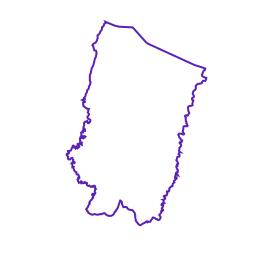 Worodougou, Worodougou, Ivory Coast, rotated 204°
{"feature_id": "98640826B81277132888560", "entity_name": "Worodougou", "entity_type": "district", "adm_level": 2, "iso_a3": "CIV", "parent_name": "Ivory Coast", "parent_adm1": "Worodougou", "projection": "mercator", "projection_center": [-6.759, 8.427], "detail": "fine", "context": "isolated", "style": "outline", "palette": "violet", "viewbox_px": 256, "rotation_deg": 204, "n_neighbors": 0, "source": "geoboundaries", "source_scale": "gbopen_adm2", "svg_char_len": 5673}
<svg xmlns="http://www.w3.org/2000/svg" viewBox="0 0 256 256"><g transform="rotate(204 128 128)"><path d="M83.2,187.6L83.1,188.6L82.4,189.9L82.1,191.3L82.1,191.8L83.2,193.7L82.7,196.0L81.9,196.9L81.0,197.2L80.3,197.9L79.1,198.6L78.8,199.2L79.0,200.5L78.6,201.7L76.6,202.4L76.4,203.8L76.7,205.5L77.8,205.3L78.2,205.5L80.2,205.4L81.2,205.6L82.0,206.3L82.2,206.9L82.0,207.5L82.2,208.8L82.1,211.2L81.4,212.3L81.6,213.7L85.9,213.4L92.6,212.6L143.7,213.1L146.3,213.6L164.6,221.8L177.2,217.0L181.7,216.1L191.8,215.8L191.2,215.3L191.1,214.6L192.1,213.6L191.8,211.2L192.1,210.3L192.7,209.5L192.0,207.5L192.0,206.4L192.5,205.1L192.4,202.4L193.5,200.3L192.2,197.4L192.0,194.7L192.3,192.9L193.9,190.8L194.2,189.2L193.2,188.7L190.4,185.3L189.7,185.3L189.1,185.6L188.5,185.5L187.4,184.0L186.8,182.4L186.7,181.5L186.3,180.1L186.4,177.8L185.1,170.6L185.5,168.0L184.3,162.9L184.5,162.6L184.2,160.4L182.1,155.7L180.8,154.6L180.3,151.8L180.5,150.2L179.9,147.8L180.6,146.3L180.1,144.0L180.3,141.7L179.8,139.6L180.5,137.5L179.5,137.3L179.1,136.9L179.2,136.4L180.1,136.1L181.0,135.1L179.2,135.2L178.0,134.6L178.1,134.1L179.5,133.2L177.8,130.0L174.8,129.2L173.0,129.0L171.5,129.5L171.5,127.8L171.0,126.9L171.1,125.9L169.1,124.7L169.2,122.9L169.6,122.0L169.5,121.4L168.7,120.5L165.9,120.1L165.5,119.8L165.1,118.5L165.2,118.0L165.8,117.3L165.8,116.5L166.7,116.2L167.3,116.6L167.8,117.7L168.2,117.9L168.9,116.6L169.7,116.4L170.2,114.6L169.2,112.9L169.0,110.6L168.3,108.6L167.6,108.6L167.2,109.4L166.4,108.7L166.1,107.9L167.0,107.7L168.3,106.9L168.3,106.5L167.4,106.1L167.2,105.7L168.9,104.6L167.5,102.5L167.7,101.2L167.6,100.7L166.8,100.7L165.2,102.6L164.1,102.9L163.4,102.8L163.7,101.5L164.5,101.2L164.7,100.4L165.4,100.4L165.9,100.0L167.4,99.6L167.7,99.3L167.3,97.9L166.2,96.8L166.2,95.6L165.9,95.0L164.8,94.7L164.4,95.1L164.4,95.7L164.2,95.8L163.9,94.7L163.4,93.9L165.2,94.1L166.4,93.4L167.3,93.2L167.5,92.9L167.2,92.3L165.1,91.7L164.9,91.4L165.0,90.4L165.4,90.1L165.8,88.8L166.8,88.9L166.7,89.7L167.4,90.2L167.7,89.1L167.7,88.0L168.2,88.2L168.8,89.5L169.9,89.3L170.8,89.7L171.2,89.3L170.8,88.5L169.5,88.5L169.5,88.3L171.0,87.7L171.2,86.3L170.9,85.0L171.2,83.9L173.5,82.5L173.3,82.1L171.9,81.6L171.7,81.2L172.0,80.2L173.2,79.7L173.4,79.2L172.9,78.3L170.9,77.3L171.0,76.5L169.9,75.3L169.3,75.2L168.5,75.5L168.2,75.7L167.9,77.1L166.8,78.0L166.5,78.0L165.9,77.0L165.1,76.7L165.1,76.2L164.4,75.7L164.0,74.8L162.7,74.9L162.7,74.2L163.2,73.9L164.7,74.6L165.2,72.5L164.4,72.2L163.6,71.5L162.9,69.5L161.8,70.2L161.7,69.2L159.3,66.9L157.0,66.5L156.7,65.5L156.0,64.8L154.5,65.2L154.1,64.7L153.7,64.6L153.2,63.6L152.6,63.5L152.1,62.8L152.1,62.2L153.1,61.9L152.8,61.1L153.1,60.3L152.3,59.8L152.0,59.0L150.9,58.6L150.6,58.0L149.3,59.0L149.2,60.3L148.4,60.1L148.6,59.0L148.2,58.5L145.7,59.8L145.2,60.3L145.7,60.9L145.6,61.0L145.0,61.0L144.5,60.6L143.5,61.2L142.9,60.9L142.9,60.0L142.4,59.2L140.7,58.9L139.9,59.7L139.6,59.7L139.0,59.3L138.0,59.1L137.0,59.7L137.2,60.3L136.7,60.6L135.9,60.3L135.5,61.5L134.3,61.4L133.5,59.4L132.5,59.2L132.9,57.9L132.5,56.3L131.3,55.3L131.5,54.3L132.2,54.2L132.9,53.4L133.4,53.6L133.6,53.5L133.4,53.0L133.0,52.7L131.9,52.5L132.3,51.6L132.7,51.6L131.9,50.9L131.5,50.2L131.9,49.6L131.8,48.5L132.9,45.6L133.0,44.1L132.4,43.9L132.1,43.3L132.6,42.1L132.5,39.4L133.2,36.8L132.0,36.2L131.7,35.7L131.1,35.8L129.9,34.5L128.3,34.2L125.3,34.2L123.5,35.8L121.3,36.1L119.3,37.1L118.5,38.1L117.1,38.4L116.0,39.9L114.7,40.7L112.7,39.9L111.0,39.8L109.7,39.9L107.4,41.1L106.2,42.9L105.8,45.2L106.1,45.9L105.8,46.6L105.4,46.8L105.2,47.8L105.4,48.8L105.0,49.6L104.9,52.1L105.3,54.3L105.4,57.2L105.7,58.0L105.6,58.6L104.7,58.5L103.4,57.8L102.8,56.4L100.0,53.8L97.6,55.1L96.5,55.0L95.8,54.3L94.3,53.9L91.8,54.2L90.9,54.7L90.0,54.6L87.1,52.9L86.5,51.9L86.0,51.5L85.0,49.2L82.9,46.3L79.0,44.3L77.8,44.0L77.3,44.2L76.3,45.4L75.6,46.7L74.5,47.7L72.8,50.5L72.3,50.5L72.1,49.8L71.9,49.7L71.0,50.9L69.6,51.3L69.3,53.9L69.0,54.5L69.0,56.0L68.7,56.5L67.2,56.7L65.4,56.2L64.2,56.5L63.0,56.1L62.1,57.0L61.8,58.0L61.8,59.4L62.3,60.3L63.6,60.8L64.0,61.3L63.2,64.4L63.9,65.5L63.7,66.8L63.3,66.7L63.0,66.0L62.4,67.0L62.8,67.6L64.3,68.1L64.4,69.3L64.1,70.0L64.4,71.4L65.9,71.2L66.2,71.5L66.3,72.2L66.0,72.9L64.5,73.6L64.2,74.1L64.9,74.2L65.5,74.6L65.8,76.2L66.6,76.7L66.9,76.7L65.5,77.9L65.3,78.8L66.2,79.9L67.3,79.9L67.6,80.2L66.9,81.1L66.3,81.4L65.9,81.7L65.9,82.0L65.3,82.3L65.3,83.8L66.6,85.8L65.8,86.2L65.7,86.6L65.1,86.5L64.9,86.7L65.1,88.3L65.2,88.9L65.6,89.2L65.6,90.1L64.6,92.5L63.8,92.7L63.7,92.9L64.4,95.3L63.5,97.2L64.2,97.7L64.5,98.5L63.7,99.7L63.8,100.5L63.0,101.5L63.3,102.1L63.5,101.4L64.6,101.3L64.8,101.5L64.7,102.2L65.2,102.7L65.4,105.0L64.8,105.4L63.5,105.3L65.0,106.4L64.6,105.9L65.4,105.5L65.8,105.6L65.8,106.8L65.2,107.9L64.7,108.2L65.2,109.0L65.1,109.5L65.6,110.1L66.8,110.7L68.2,112.4L67.4,113.3L68.5,114.1L68.6,114.6L67.6,115.5L67.9,116.1L69.3,117.5L70.8,118.3L70.7,119.1L71.1,121.8L69.8,122.5L69.4,123.0L70.0,124.4L71.2,124.8L71.0,125.6L71.3,126.9L70.3,127.2L71.7,127.6L72.2,128.1L72.4,129.4L73.0,130.7L72.3,132.4L72.5,134.0L73.1,134.5L74.9,135.4L75.0,135.9L74.8,136.2L73.5,136.6L73.2,137.6L73.4,138.7L75.1,138.8L75.6,139.5L77.2,140.2L78.4,141.6L79.3,142.2L79.2,143.4L78.7,143.9L76.6,144.5L75.1,144.4L74.4,144.8L74.3,145.5L76.6,147.0L76.8,148.5L77.8,151.8L77.7,152.3L77.3,152.6L74.6,153.7L74.5,154.3L75.8,155.6L76.9,156.2L77.0,157.2L77.9,157.8L79.0,159.7L79.3,161.1L80.5,161.6L80.8,162.4L80.5,163.0L79.9,163.4L78.5,163.6L78.3,164.1L78.4,165.5L78.1,166.2L78.4,166.9L79.8,168.1L81.7,171.3L81.0,173.1L79.0,174.1L78.3,175.1L79.2,176.7L79.4,179.2L79.6,179.8L80.9,179.9L81.6,181.1L81.5,181.6L80.5,182.9L80.7,184.0L82.9,185.7L83.2,187.6Z" fill="none" stroke="#5b21b6" stroke-width="2"/></g></svg>